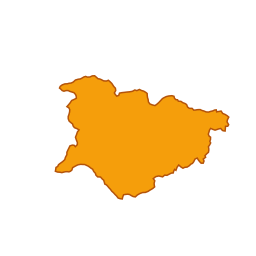 Jacuí, Minas Gerais, Brazil, rotated 49°
{"feature_id": "56859067B14406788913482", "entity_name": "Jacuí", "entity_type": "district", "adm_level": 2, "iso_a3": "BRA", "parent_name": "Brazil", "parent_adm1": "Minas Gerais", "projection": "robinson", "projection_center": [-46.738, -21.024], "detail": "fine", "context": "isolated", "style": "filled", "palette": "amber", "viewbox_px": 256, "rotation_deg": 49, "n_neighbors": 0, "source": "geoboundaries", "source_scale": "gbopen_adm2", "svg_char_len": 3247}
<svg xmlns="http://www.w3.org/2000/svg" viewBox="0 0 256 256"><g transform="rotate(49 128 128)"><path d="M203.9,94.3L202.8,92.3L200.8,91.6L201.0,88.6L199.4,88.1L199.1,85.6L199.1,83.2L197.7,81.5L196.3,80.4L194.9,79.6L194.3,77.4L193.5,75.4L191.7,75.0L190.9,73.4L189.1,71.7L187.3,72.1L185.3,71.4L184.0,69.3L183.0,67.8L182.5,65.9L184.6,64.9L186.7,63.7L187.5,61.9L188.2,60.1L189.2,58.3L190.9,58.4L192.4,58.1L194.0,56.7L192.4,55.0L190.7,53.3L192.1,51.6L191.6,49.9L189.8,49.5L188.3,49.2L187.0,47.5L185.9,44.8L183.8,45.1L181.5,45.8L179.1,47.0L176.3,46.6L175.0,48.8L174.0,50.5L172.2,49.5L171.2,51.0L170.7,52.9L169.7,54.7L168.8,56.8L167.1,58.5L164.9,59.6L163.4,60.6L161.4,61.5L159.7,63.6L158.7,65.3L157.6,66.7L155.3,66.7L153.4,68.8L151.4,69.3L148.7,68.4L146.9,68.9L144.9,70.0L142.6,70.6L140.8,72.4L139.2,72.1L137.9,73.3L136.1,73.4L134.2,72.5L132.4,73.7L130.6,76.2L129.4,78.5L128.8,80.7L128.4,82.7L128.7,85.4L129.0,88.1L129.0,90.6L128.8,92.9L126.5,94.5L124.2,95.7L121.8,95.5L119.5,94.0L118.0,93.4L116.3,92.3L114.5,90.9L112.8,91.2L110.4,92.0L108.6,93.2L106.4,94.1L105.6,96.8L103.8,97.9L103.2,100.6L101.7,103.1L100.1,105.3L98.7,107.4L97.3,109.4L96.1,111.5L97.3,113.6L96.6,115.6L94.4,115.6L92.6,115.3L91.7,112.7L89.7,111.4L87.5,111.5L85.9,111.3L83.8,111.0L81.2,111.2L79.1,111.5L78.4,113.5L76.4,115.5L74.0,116.4L72.4,117.2L71.2,118.3L69.5,118.5L66.7,118.9L65.2,120.8L64.5,123.3L62.9,125.3L61.3,126.1L60.5,127.9L60.2,129.7L59.7,131.8L58.5,133.6L57.3,136.2L57.4,139.1L56.8,141.4L55.6,143.1L54.8,144.8L53.3,146.7L52.3,149.3L52.1,151.8L52.9,153.5L54.6,153.2L56.6,153.1L58.2,152.2L59.1,150.2L60.5,148.6L62.2,147.9L63.9,146.8L65.9,145.6L68.1,145.6L69.7,146.0L71.7,147.5L71.1,149.8L70.3,152.5L71.1,155.4L71.5,157.8L71.8,160.1L74.0,159.4L75.9,159.9L77.6,161.6L79.0,163.6L80.1,165.6L81.9,167.1L84.2,167.9L86.4,167.6L88.6,167.2L90.6,168.1L92.6,168.2L95.1,166.9L97.3,166.2L97.8,168.8L99.3,171.3L100.5,173.7L103.1,174.8L105.7,175.7L107.3,177.2L107.5,180.0L105.7,180.0L104.4,181.2L103.4,183.5L104.5,186.1L105.4,188.2L106.2,190.0L108.0,191.6L109.1,194.5L110.4,196.5L110.5,199.3L110.2,202.6L110.1,204.5L110.9,206.3L110.5,208.2L111.8,209.7L113.0,211.2L115.0,210.1L116.7,208.4L118.3,207.2L119.1,205.5L119.9,204.0L120.9,202.7L122.4,201.3L122.9,199.7L122.9,197.9L121.6,195.8L122.2,192.8L122.9,190.0L124.4,187.5L125.8,186.1L127.2,184.6L129.0,183.8L130.5,183.1L132.4,182.6L134.1,182.3L136.0,181.7L137.5,182.2L139.2,182.4L140.8,182.3L142.3,183.1L144.9,183.0L147.0,180.9L149.6,180.9L151.4,180.6L153.3,181.4L155.1,182.3L156.7,181.6L158.4,181.5L160.4,181.6L162.6,181.5L165.0,181.7L167.4,181.4L169.6,181.4L171.8,181.2L174.3,181.4L176.1,180.4L177.8,178.9L176.5,177.1L175.5,175.1L176.4,173.6L177.7,171.7L179.3,170.4L181.1,169.9L183.1,169.1L184.8,167.7L184.7,164.8L185.3,161.9L186.3,159.3L188.0,157.2L189.0,154.5L189.3,152.1L189.9,149.2L189.9,146.5L188.4,145.7L186.8,144.5L185.4,142.4L182.8,142.2L182.9,139.0L184.4,136.2L186.0,135.1L187.6,133.9L187.6,131.3L189.3,129.6L189.9,127.1L190.5,124.8L191.6,123.4L190.6,121.9L189.8,120.0L191.4,119.6L189.8,116.7L189.2,114.0L192.2,113.6L194.4,112.9L194.9,111.0L196.3,109.0L196.7,106.3L196.5,104.4L197.0,102.6L196.6,100.6L195.4,97.8L196.1,95.5L198.4,95.9L200.6,96.0L202.5,95.9L203.9,94.3Z" fill="#f59e0b" stroke="#b45309" stroke-width="1.5"/></g></svg>